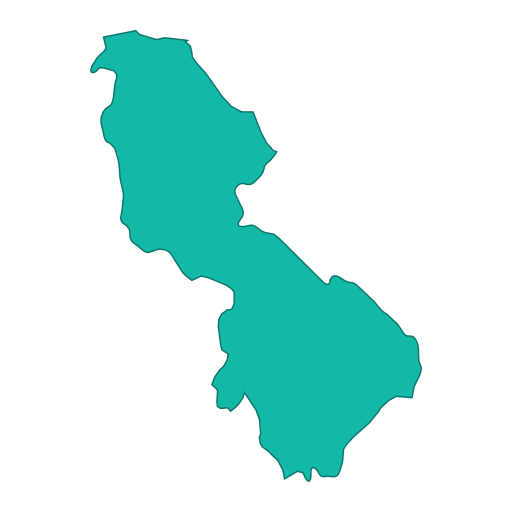 SVG path tracing the border of Leitrim
{"feature_id": "IRL-730", "entity_name": "Leitrim", "entity_type": "County", "adm_level": 1, "iso_a3": "IRL", "parent_name": "Ireland", "parent_adm1": "", "projection": "mercator", "projection_center": [-8.037, 54.143], "detail": "fine", "context": "isolated", "style": "filled", "palette": "teal", "viewbox_px": 512, "rotation_deg": 0, "n_neighbors": 0, "source": "natural_earth", "source_scale": "10m", "svg_char_len": 2993}
<svg xmlns="http://www.w3.org/2000/svg" viewBox="0 0 512 512"><path d="M187.5,40.5L185.4,41.7L190.4,46.4L191.6,51.6L192.4,57.1L196.2,62.7L205.7,73.2L222.4,96.9L231.6,106.6L241.5,111.9L253.0,112.0L261.4,133.2L266.5,142.9L273.3,150.5L276.7,151.9L274.5,155.3L271.0,159.6L266.4,163.7L265.3,165.0L264.4,166.8L263.8,169.3L263.1,171.6L262.1,173.8L260.7,175.6L254.2,182.2L252.8,183.3L250.8,184.2L248.6,184.5L246.3,184.3L244.2,183.5L241.7,183.5L239.8,184.0L237.9,185.3L236.4,187.0L235.3,189.0L234.7,191.3L235.4,194.4L242.4,209.0L243.2,212.3L243.0,214.8L242.0,217.1L240.6,219.1L238.9,221.8L238.1,224.0L238.7,225.7L240.0,226.4L243.4,226.6L251.1,225.2L253.2,225.4L255.1,226.2L261.6,231.0L264.9,232.5L273.6,234.2L279.0,238.3L324.3,283.3L327.5,284.5L329.4,283.6L329.9,281.1L330.7,278.9L332.0,277.0L333.7,276.0L336.1,275.9L338.6,276.8L345.4,281.1L348.5,282.2L353.1,282.9L356.4,284.8L373.8,301.3L381.5,310.5L386.9,314.4L397.6,324.3L404.6,334.8L407.2,336.0L409.6,336.2L411.7,336.2L413.8,337.3L415.7,339.7L416.9,341.9L417.8,344.6L418.3,347.8L418.8,360.0L419.1,361.7L420.5,365.4L421.2,367.7L420.9,371.0L419.7,375.1L414.1,386.5L412.0,397.7L396.2,396.3L388.6,400.5L380.4,408.2L378.9,411.1L369.3,422.8L353.3,437.0L347.1,443.8L343.6,448.9L343.4,451.8L343.1,454.6L342.7,460.2L342.3,462.9L340.7,468.2L339.7,471.1L337.7,475.1L335.5,476.5L333.1,476.7L328.1,476.2L323.4,476.7L321.1,476.1L319.6,474.6L317.2,470.4L315.5,468.6L312.9,467.4L311.5,468.6L310.9,470.6L310.9,476.2L310.4,479.6L309.2,481.0L308.3,481.3L306.9,480.2L305.8,478.8L304.7,476.8L304.0,474.6L302.8,472.7L297.5,471.3L284.6,478.9L282.7,469.6L277.6,460.1L272.8,455.7L268.5,451.4L262.2,446.7L260.3,443.3L259.3,437.7L260.7,433.6L259.6,419.7L255.9,409.8L244.5,392.5L242.7,397.8L239.6,402.9L235.4,407.4L230.6,411.2L227.6,407.8L220.5,408.4L217.4,406.2L216.9,401.9L217.6,390.6L215.9,388.3L211.9,384.7L214.8,376.9L220.0,369.5L222.7,367.3L224.4,365.1L227.3,359.5L228.2,353.9L222.0,350.0L221.0,346.7L218.3,326.8L218.8,319.2L221.8,314.0L227.0,310.0L231.4,309.4L232.5,307.5L233.4,305.6L234.1,303.3L234.2,300.7L234.2,292.1L231.6,288.9L226.7,285.3L208.1,277.6L201.0,276.0L191.9,280.4L186.0,275.9L182.7,272.6L170.9,253.8L169.4,252.3L167.7,251.0L165.4,250.0L162.9,249.4L160.2,249.2L157.7,249.4L148.8,252.4L146.4,252.2L144.3,251.3L132.3,241.8L131.0,239.8L130.1,237.3L130.0,232.9L129.3,229.3L126.7,225.7L122.2,222.6L121.2,220.6L120.7,217.8L122.1,209.8L123.4,198.0L123.4,194.3L122.8,190.0L120.9,182.3L119.9,176.5L119.3,166.3L118.1,159.3L114.9,148.5L111.7,144.8L108.8,142.6L106.5,141.6L105.2,139.6L104.2,136.9L101.2,123.2L101.0,120.2L101.3,116.7L103.4,111.6L105.4,109.0L107.5,107.3L109.5,106.0L111.2,104.6L112.5,101.6L113.5,97.3L114.9,84.7L115.6,81.2L116.5,78.7L116.8,76.3L116.3,73.6L113.7,70.7L103.1,67.8L100.8,67.7L98.8,68.5L95.7,71.5L93.8,72.5L91.5,72.4L90.8,70.2L91.9,66.1L97.3,57.7L100.8,54.1L103.7,51.8L106.1,48.0L103.8,37.9L103.5,37.1L135.7,30.7L139.3,34.4L156.5,39.6L164.5,37.8L186.3,40.2L187.1,40.4L187.5,40.5Z" fill="#14b8a6" stroke="#0f766e" stroke-width="1.5"/></svg>